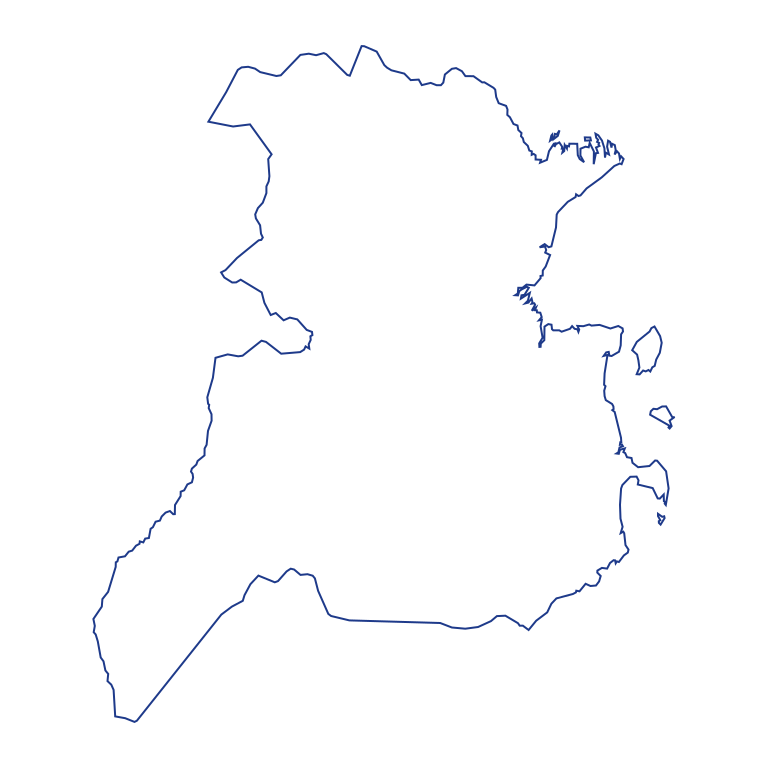 Quissanga, Cabo Delgado, Mozambique
{"feature_id": "85939544B35031207172791", "entity_name": "Quissanga", "entity_type": "district", "adm_level": 2, "iso_a3": "MOZ", "parent_name": "Mozambique", "parent_adm1": "Cabo Delgado", "projection": "equal_earth", "projection_center": [40.396, -12.576], "detail": "fine", "context": "isolated", "style": "outline", "palette": "blue", "viewbox_px": 768, "rotation_deg": 0, "n_neighbors": 0, "source": "geoboundaries", "source_scale": "gbopen_adm2", "svg_char_len": 6088}
<svg xmlns="http://www.w3.org/2000/svg" viewBox="0 0 768 768"><path d="M115.2,716.4L125.2,718.2L134.5,721.9L136.9,720.7L221.3,614.6L231.9,606.6L242.8,600.8L244.5,595.2L250.4,584.2L258.4,575.6L274.8,582.3L278.0,581.1L286.6,571.4L290.7,568.7L294.1,569.5L300.5,574.9L307.5,574.2L312.7,575.7L314.9,578.4L318.1,590.8L328.3,613.9L331.1,616.0L349.4,620.4L440.2,623.0L451.9,627.5L465.3,628.7L478.1,627.0L491.0,621.1L496.9,616.1L505.4,615.7L518.0,623.2L519.7,625.7L522.9,625.7L528.6,630.0L536.2,620.7L547.2,612.4L551.4,603.7L556.4,598.4L572.9,594.0L575.9,592.4L576.3,590.7L579.5,591.3L585.6,583.8L590.5,586.0L596.0,585.5L599.1,581.4L600.7,576.0L597.3,572.6L597.4,570.6L601.9,567.9L607.1,568.6L610.0,563.0L613.6,560.2L615.1,560.4L615.7,563.3L616.9,561.4L618.9,562.0L623.9,555.4L627.8,552.6L628.5,549.6L625.5,545.1L624.2,533.2L623.3,531.7L620.7,533.1L622.6,526.8L620.5,518.7L620.0,504.7L621.1,488.5L622.4,485.0L630.3,476.8L636.6,476.6L638.5,480.3L637.8,484.5L652.7,488.1L657.7,498.4L659.8,498.6L663.7,494.5L663.9,501.2L665.2,501.9L664.7,503.6L665.8,505.0L668.6,488.4L666.1,471.3L657.1,460.7L655.1,460.5L649.5,466.0L638.1,467.2L632.5,462.8L631.5,458.0L627.0,457.2L625.2,453.1L623.4,452.1L624.8,448.4L619.9,449.8L618.8,453.8L616.5,453.5L618.4,452.3L619.5,447.5L622.9,446.2L621.8,444.4L619.9,444.8L620.3,442.2L621.3,442.1L621.0,437.7L614.7,412.0L612.3,410.1L613.6,409.1L613.4,406.4L612.1,404.0L605.8,400.1L604.6,396.1L604.2,390.7L605.5,386.2L604.1,384.8L604.6,373.4L607.5,354.9L603.7,355.9L606.2,352.4L608.7,351.9L609.4,355.7L611.6,356.0L619.0,351.7L620.7,345.4L621.1,334.3L623.0,331.5L622.6,328.4L618.3,326.0L610.4,328.5L599.6,324.9L591.5,325.6L589.2,324.5L583.3,326.2L577.4,325.9L579.2,329.6L578.4,331.9L577.4,329.3L574.6,328.8L572.1,326.1L570.0,328.8L561.6,331.7L559.2,330.3L553.2,330.3L552.0,329.2L551.5,324.7L548.3,324.1L544.5,326.6L544.3,340.2L540.8,343.6L540.6,346.8L539.4,346.9L539.2,343.4L542.6,337.7L540.6,326.2L541.9,319.7L539.0,320.3L541.7,317.1L540.3,312.7L537.0,312.4L536.8,310.3L534.9,310.2L536.0,307.4L531.8,310.7L535.1,304.7L534.3,303.3L531.6,303.7L532.5,302.3L531.6,298.5L528.4,302.6L525.2,303.4L527.9,300.7L529.8,292.9L520.9,298.6L521.5,295.3L524.5,294.8L528.8,287.8L526.9,286.8L521.5,289.5L519.3,291.1L518.0,295.4L515.2,295.2L517.8,293.5L518.3,287.8L522.5,287.8L526.5,284.6L534.5,285.4L540.6,278.2L540.5,276.0L542.7,275.5L542.8,270.5L545.7,266.5L550.1,255.0L545.2,252.6L546.2,250.0L545.0,246.5L539.6,247.3L544.6,244.1L548.7,247.2L551.4,246.4L556.0,227.5L556.7,214.6L558.0,212.1L567.8,201.8L575.6,197.0L576.1,194.3L578.5,196.0L580.5,195.4L586.6,188.4L601.7,177.4L614.3,166.0L619.8,163.5L621.6,164.2L623.6,159.0L621.1,156.3L619.9,158.9L619.0,153.5L617.0,151.3L614.6,154.5L615.7,150.1L614.8,145.1L612.1,143.8L611.5,147.6L610.0,141.8L608.1,140.7L607.1,146.7L609.0,154.5L605.9,152.7L605.0,157.6L604.4,148.3L602.0,140.6L598.3,135.3L595.5,133.7L596.2,137.7L598.1,139.8L597.1,141.9L599.1,142.9L598.5,144.4L599.5,145.9L596.0,147.5L598.0,152.9L595.9,153.2L593.7,164.2L593.9,151.5L589.7,142.9L588.7,147.3L585.5,146.7L580.5,148.7L580.4,155.5L584.1,162.2L579.7,159.0L577.8,155.2L577.2,143.8L569.4,143.7L569.0,146.4L567.1,145.9L566.9,148.5L564.7,144.9L564.2,151.1L562.4,152.6L563.4,148.4L561.8,148.6L562.2,146.8L559.3,142.4L555.9,144.2L554.4,147.0L555.2,143.4L553.9,143.7L549.0,151.2L546.9,159.9L540.1,162.7L541.0,159.8L535.6,159.5L535.6,155.3L533.6,153.9L531.7,154.8L531.8,151.4L529.3,150.5L527.8,145.8L523.8,142.0L522.9,138.3L521.0,136.2L521.5,133.0L518.3,130.0L517.5,125.5L513.5,124.0L509.9,117.2L507.3,114.9L507.5,109.5L506.1,105.9L498.7,103.2L496.2,97.0L495.2,89.6L493.5,87.8L484.4,82.3L482.2,82.4L473.5,76.2L465.4,76.1L461.9,71.2L456.1,68.1L451.9,68.8L444.9,74.5L443.3,82.6L440.9,85.2L436.6,85.2L430.7,82.9L421.8,85.1L418.7,79.6L410.7,80.1L404.3,73.6L391.4,70.3L387.1,67.7L384.3,65.1L376.7,51.6L364.2,46.2L361.6,46.1L349.8,75.7L347.2,74.9L326.3,54.2L323.8,53.1L316.1,55.2L308.8,53.7L300.4,54.9L280.8,75.3L276.4,76.0L260.2,72.1L255.0,68.6L248.2,66.8L241.6,67.4L237.8,69.9L226.2,92.1L208.4,121.7L233.1,126.5L250.0,124.4L271.6,154.3L268.2,159.1L269.4,176.2L268.7,181.4L266.4,186.4L266.4,193.1L262.8,202.7L257.9,208.1L255.2,214.4L255.9,218.4L260.1,225.3L261.0,233.7L262.8,237.5L261.3,239.9L258.7,240.3L237.0,258.0L225.5,270.1L221.1,272.4L224.3,277.5L232.2,282.5L236.1,282.4L240.7,279.7L261.7,292.4L264.4,302.8L270.7,315.0L275.8,313.0L283.6,320.3L289.8,317.6L297.3,319.4L306.7,329.9L312.0,331.9L312.4,335.1L310.4,336.3L310.7,339.9L308.7,344.2L309.3,348.6L305.6,346.4L304.1,349.6L300.2,352.1L281.2,353.7L266.0,341.9L261.5,340.7L242.6,355.7L238.2,356.3L227.7,354.4L215.5,357.8L212.9,377.8L207.3,397.3L208.1,403.8L209.2,404.8L208.7,408.1L211.5,414.2L211.6,420.7L208.0,430.9L206.6,444.8L204.6,448.5L204.5,455.4L197.6,461.0L196.3,464.6L191.9,468.6L191.0,471.6L192.6,473.9L193.1,477.6L191.9,482.3L187.4,484.4L184.2,490.3L180.7,491.7L180.6,496.1L175.0,505.0L174.8,514.1L173.2,514.2L169.9,511.0L165.6,512.6L161.7,516.5L159.9,520.6L155.6,521.7L152.9,527.2L150.6,528.8L148.9,538.0L145.2,538.6L143.3,542.4L139.8,541.4L139.5,543.8L136.0,545.7L132.2,550.6L128.7,551.7L125.0,556.3L118.5,557.5L117.4,561.4L115.8,562.3L115.7,566.9L108.1,591.9L102.4,599.1L101.8,606.6L93.4,619.0L94.8,625.9L93.7,632.2L95.7,634.5L97.8,641.4L100.7,657.5L103.5,661.3L105.4,670.5L108.2,673.9L107.5,681.1L111.3,684.7L113.6,689.9L115.2,716.4ZM654.7,365.9L656.2,359.6L659.8,352.8L661.7,342.8L660.1,336.1L654.5,326.5L651.4,328.1L649.6,331.5L636.8,341.9L632.2,350.2L637.1,354.6L638.4,360.4L639.4,367.6L636.7,374.2L639.6,374.4L643.1,370.5L645.7,371.4L648.5,370.0L650.3,371.5L652.3,367.3L654.7,365.9ZM666.1,406.4L662.1,406.5L657.1,409.2L653.4,408.8L650.8,411.3L650.1,414.7L669.4,425.7L668.5,427.5L669.6,428.5L671.6,426.1L669.6,420.6L674.6,417.0L672.4,417.4L666.1,406.4ZM662.2,516.8L658.0,513.8L658.0,516.1L660.3,520.2L658.8,521.2L658.9,522.9L660.6,524.6L664.6,518.1L664.2,516.3L662.2,516.8ZM590.3,137.5L584.8,137.4L585.1,140.6L590.9,140.4L590.3,137.5ZM557.8,135.9L559.5,130.4L556.8,134.4L554.9,133.9L553.8,139.0L557.8,135.9ZM550.1,140.7L552.4,139.0L552.2,134.6L551.4,135.5L550.1,140.7Z" fill="none" stroke="#1e3a8a" stroke-width="2"/></svg>